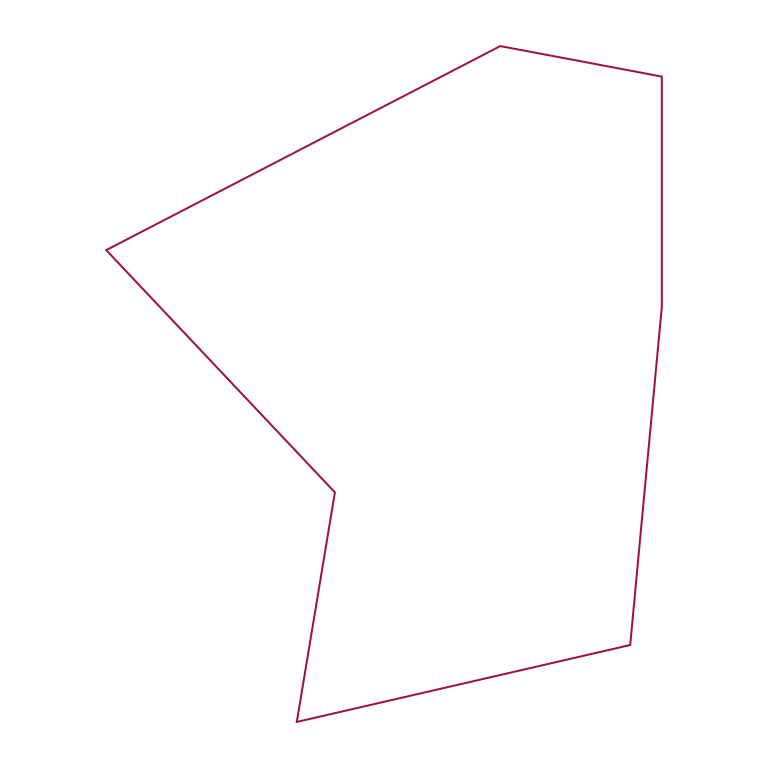 the border of English River
{"feature_id": "SYC-5213", "entity_name": "English River", "entity_type": "state/province", "adm_level": 1, "iso_a3": "SYC", "parent_name": "Seychelles", "parent_adm1": "", "projection": "orthographic", "projection_center": [55.454, -4.609], "detail": "fine", "context": "isolated", "style": "outline", "palette": "rose", "viewbox_px": 768, "rotation_deg": 0, "n_neighbors": 0, "source": "natural_earth", "source_scale": "10m", "svg_char_len": 220}
<svg xmlns="http://www.w3.org/2000/svg" viewBox="0 0 768 768"><path d="M661.8,76.6L661.8,307.1L630.2,645.0L296.8,721.9L334.9,492.4L106.2,250.1L500.2,46.1L661.8,76.6Z" fill="none" stroke="#9f1239" stroke-width="2"/></svg>